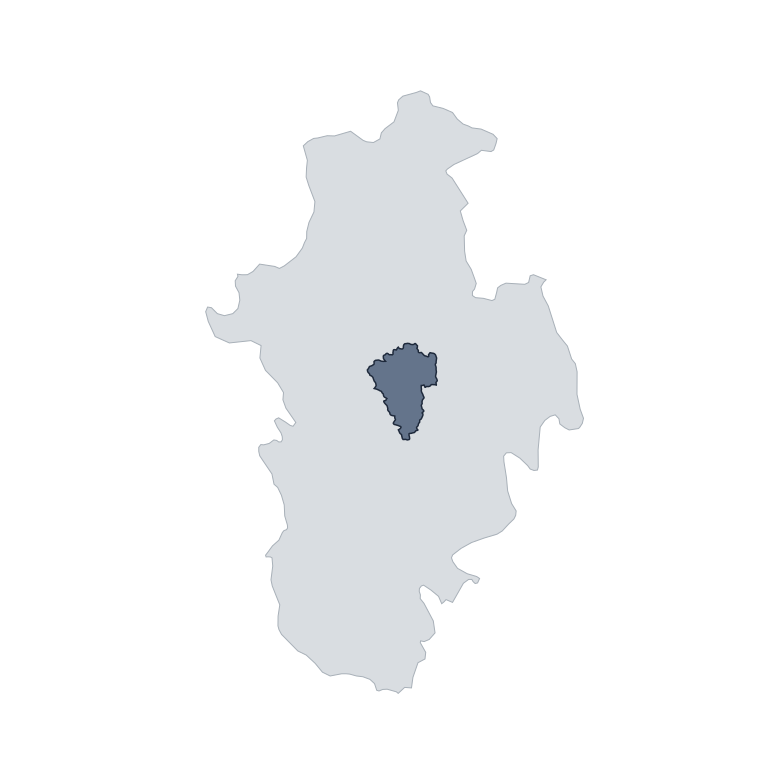 location of Šumadijski within Republic of Serbia, rotated 219°
{"feature_id": "SRB-839", "entity_name": "Šumadijski", "entity_type": "District", "adm_level": 1, "iso_a3": "SRB", "parent_name": "Republic of Serbia", "parent_adm1": "", "projection": "equal_earth", "projection_center": [20.746, 44.097], "detail": "fine", "context": "in_parent", "style": "filled", "palette": "slate", "viewbox_px": 768, "rotation_deg": 219, "n_neighbors": 0, "source": "natural_earth", "source_scale": "10m", "svg_char_len": 9221}
<svg xmlns="http://www.w3.org/2000/svg" viewBox="0 0 768 768"><g transform="rotate(219 384 384)"><path d="M428.3,298.6L445.0,303.5L452.6,308.1L456.7,314.1L467.4,318.0L484.7,320.0L496.8,326.1L503.7,336.5L514.7,334.0L530.0,318.6L545.0,314.6L559.9,322.0L568.1,328.0L569.5,332.8L566.1,334.7L557.8,333.8L551.0,336.7L545.8,343.5L545.0,350.7L548.8,358.4L554.1,363.7L561.0,366.6L564.6,370.6L565.2,375.7L567.0,377.1L563.1,379.5L558.9,383.0L556.6,389.1L556.1,398.9L542.9,406.6L538.0,408.0L535.8,413.1L532.4,427.5L533.0,438.3L534.8,443.9L535.7,448.4L540.0,453.9L544.0,462.4L546.7,473.6L552.5,482.3L567.3,490.9L574.7,495.8L580.1,503.1L584.3,509.6L596.6,518.3L595.7,524.5L593.2,530.6L590.4,533.4L584.4,541.2L578.6,545.6L569.0,559.4L553.6,560.2L549.9,561.3L544.2,565.0L541.4,571.9L544.1,577.5L543.9,583.1L541.2,594.0L545.1,605.7L550.5,611.0L551.4,614.1L550.5,619.6L542.5,630.7L540.1,634.8L532.0,636.9L529.2,635.8L525.0,632.0L521.1,630.9L511.4,635.4L501.6,638.1L493.8,636.0L486.1,635.8L480.8,637.6L476.8,638.4L469.0,643.2L456.4,646.7L450.5,645.9L448.3,641.4L446.0,634.9L447.1,632.0L455.4,626.9L456.3,622.0L467.8,598.6L470.0,591.0L470.1,588.5L467.1,586.8L460.7,586.9L432.4,577.4L433.6,566.5L425.3,560.7L416.4,555.5L414.9,549.6L404.9,537.9L397.6,531.3L388.4,528.0L380.4,523.2L375.6,520.2L373.4,514.8L373.4,511.5L371.0,508.4L367.2,508.7L360.7,513.1L352.6,516.8L351.2,519.6L354.1,526.1L356.2,530.2L355.3,534.1L352.7,539.1L337.3,550.1L335.5,553.9L338.5,560.1L336.6,563.0L323.6,567.0L324.0,563.6L323.2,558.2L315.8,552.4L305.4,548.0L282.2,532.7L273.3,530.6L265.3,528.9L253.9,521.5L248.1,520.2L241.6,515.0L227.5,497.4L215.6,487.8L207.4,482.9L205.1,478.2L204.6,473.3L204.9,471.7L211.2,464.8L216.0,463.8L222.2,463.6L226.2,467.1L231.5,467.8L234.5,463.4L236.1,456.9L235.5,448.8L222.8,429.8L211.9,416.6L210.6,413.7L213.0,411.2L216.9,409.9L221.0,411.0L231.7,411.9L242.0,410.7L245.6,407.5L245.6,403.2L241.9,399.1L229.9,388.3L220.6,378.7L209.6,371.4L201.4,368.5L199.0,364.8L198.1,360.8L199.0,353.5L199.6,344.3L201.6,338.5L209.1,327.5L216.2,315.9L220.7,304.7L223.1,294.4L222.2,291.4L218.6,289.2L210.8,287.0L200.0,288.9L190.8,292.7L187.3,293.0L186.1,288.3L187.6,286.3L190.4,286.5L192.8,287.4L195.3,285.3L196.9,279.1L193.3,257.4L200.1,255.5L200.3,252.3L200.9,249.6L208.0,253.3L217.9,253.4L226.6,252.6L227.9,250.5L227.8,247.4L226.1,245.0L223.0,243.0L220.8,240.0L214.9,238.7L196.6,230.9L187.7,222.7L188.1,213.9L190.7,209.1L193.9,207.4L193.0,205.8L182.7,201.7L179.1,196.1L182.2,188.8L176.9,174.2L171.4,165.1L177.0,161.2L177.8,155.7L178.3,152.5L180.6,152.6L189.5,148.8L192.8,145.8L194.7,142.3L196.9,141.4L202.8,145.2L209.1,145.6L216.2,143.2L221.6,139.8L228.0,137.0L230.9,135.1L234.6,132.1L242.1,123.2L250.5,121.3L261.7,123.6L273.9,124.4L283.0,122.3L306.0,124.9L311.0,127.0L314.2,129.3L320.2,136.9L326.0,146.8L334.1,151.3L343.7,156.7L348.6,160.7L355.9,172.5L361.6,178.4L363.5,178.1L365.5,176.6L366.8,175.4L368.3,176.4L368.4,180.0L368.8,188.0L367.4,196.5L369.5,204.6L369.5,207.1L368.1,209.4L368.3,211.4L370.3,213.6L378.1,219.0L385.4,227.2L393.7,233.0L401.5,236.7L406.4,236.9L414.5,243.6L430.3,248.4L435.4,250.0L438.9,252.8L441.5,256.0L441.6,259.4L439.2,261.0L435.8,265.6L434.4,271.2L431.9,272.6L429.3,272.7L427.5,274.4L427.9,276.8L430.0,279.1L433.3,281.2L439.7,283.3L446.0,286.4L445.9,288.8L444.6,291.4L436.7,292.4L430.8,292.8L428.1,293.9L428.3,298.6Z" fill="#d9dde1" stroke="#a8b0b8" stroke-width="1"/><path d="M363.2,439.2L362.5,439.1L362.0,438.9L361.7,438.7L361.1,438.3L360.8,438.1L360.1,437.7L359.6,437.4L359.4,437.2L359.1,436.7L358.2,435.2L357.7,434.4L357.4,433.9L356.9,433.4L356.8,433.2L356.7,433.0L356.7,432.7L356.7,432.1L356.6,431.8L356.4,431.5L355.9,431.0L354.6,430.2L354.1,429.8L353.7,429.4L353.0,428.5L352.5,427.9L350.9,426.4L350.7,426.1L350.4,425.4L349.7,424.2L349.4,423.5L349.1,423.0L348.6,422.3L348.2,422.0L347.9,421.8L347.4,421.6L346.8,421.4L346.3,421.2L345.5,420.7L344.9,420.3L344.8,420.1L344.6,419.7L344.6,418.3L344.5,417.8L344.4,417.6L344.2,417.4L343.7,417.1L343.3,416.8L342.9,416.4L342.7,416.1L344.3,415.3L344.6,415.1L345.6,414.3L346.5,413.7L346.7,413.4L346.9,413.2L346.9,412.9L346.9,412.6L346.8,412.2L346.8,411.9L346.9,411.7L347.1,411.0L347.5,410.4L347.8,410.0L348.3,409.6L349.1,409.1L349.4,408.8L349.5,408.6L349.6,408.4L349.6,407.8L349.7,407.6L349.8,407.5L350.0,407.3L350.4,407.4L350.6,407.4L351.4,408.1L351.7,408.2L352.1,408.4L352.4,408.3L352.6,408.1L352.8,407.5L353.2,407.1L353.7,406.6L354.1,406.3L352.8,404.6L352.5,404.3L351.8,403.8L351.6,403.5L351.4,403.3L351.2,402.7L350.8,402.3L350.1,401.7L349.9,401.5L349.3,401.2L347.4,400.4L346.8,400.0L346.0,399.5L344.9,399.0L344.6,398.8L344.3,398.6L344.2,398.4L344.1,398.1L344.1,396.7L344.1,396.0L344.0,395.6L343.6,394.9L343.4,394.2L343.0,393.8L342.1,392.9L342.0,392.6L341.9,392.3L341.7,391.2L341.6,390.9L341.4,390.7L340.7,390.1L340.0,389.7L339.1,388.9L338.9,388.7L338.2,388.6L336.9,388.5L336.4,388.3L336.1,388.1L336.0,387.8L335.9,387.6L335.9,387.3L336.2,386.2L336.2,385.9L336.2,385.5L336.1,385.4L335.6,385.4L335.2,385.3L334.9,385.2L334.7,385.0L334.5,384.7L334.1,384.1L333.9,383.6L333.8,383.1L333.5,382.1L333.3,381.2L333.1,380.4L333.1,380.0L333.5,378.9L333.5,378.6L333.4,378.4L333.3,378.1L332.6,377.2L332.2,376.6L332.3,375.8L332.2,375.2L332.2,374.9L331.9,374.2L331.4,373.3L331.3,372.8L331.3,372.2L331.4,371.2L331.4,370.9L331.2,370.6L331.0,370.4L330.4,370.0L329.8,369.8L328.7,369.6L328.7,369.4L329.0,368.8L329.5,368.2L329.8,367.7L329.8,366.1L329.8,365.6L330.0,365.2L330.2,364.9L330.7,364.4L331.8,362.8L332.2,362.4L333.0,361.7L333.2,361.3L333.2,361.0L333.0,360.8L332.1,359.7L331.1,359.1L329.8,357.8L329.7,357.7L329.5,357.3L329.5,357.0L329.5,356.9L329.5,356.7L330.1,355.9L330.6,355.3L330.8,355.1L331.2,355.0L331.8,354.8L332.3,354.6L334.2,352.9L335.1,353.1L335.6,353.3L336.7,354.2L337.8,355.0L338.4,355.6L338.6,355.7L338.8,355.7L339.9,355.7L340.7,355.8L341.1,355.9L342.3,356.6L344.0,357.4L343.5,358.8L343.4,359.2L343.3,360.0L343.4,360.4L343.5,360.8L343.5,361.0L344.0,361.4L344.5,361.4L344.8,361.3L345.5,361.0L346.8,360.7L347.6,360.3L349.2,359.7L350.4,359.1L350.7,359.0L351.0,359.0L351.5,359.1L351.9,359.2L352.1,359.4L352.2,359.6L352.3,359.9L352.4,360.2L352.5,361.4L352.6,362.4L352.6,363.1L352.6,363.3L352.7,363.5L352.9,363.7L353.2,363.9L353.9,364.2L354.1,364.3L354.6,364.8L355.5,365.9L356.9,365.1L358.3,364.4L359.1,364.2L359.4,364.2L359.7,364.2L360.1,364.3L360.5,364.5L361.4,365.2L361.7,365.4L361.9,365.5L362.5,365.6L363.9,365.8L364.4,366.0L364.6,366.1L365.1,366.5L365.5,367.2L365.8,367.5L366.6,368.1L368.1,369.1L370.0,369.3L371.6,369.6L371.9,369.7L372.6,369.9L372.9,370.1L373.2,370.3L373.3,370.4L373.4,370.6L373.4,370.8L373.3,371.0L373.1,371.3L372.6,371.8L372.5,372.0L372.4,372.2L372.3,372.5L372.5,373.3L372.6,373.7L372.6,374.5L373.9,374.4L375.4,374.1L376.0,374.2L376.5,374.4L376.9,374.6L377.5,375.1L378.0,375.5L378.3,375.8L378.8,375.9L379.3,375.9L379.8,375.9L380.3,376.1L380.9,376.5L381.3,376.6L381.6,376.6L381.9,376.5L382.8,376.2L384.7,375.9L385.5,375.6L386.4,375.4L388.8,374.3L388.8,375.9L389.0,377.3L389.0,377.6L389.2,377.9L389.4,378.2L390.0,378.6L390.7,379.2L391.1,379.5L391.8,379.8L393.1,380.0L393.6,380.2L395.8,381.5L396.8,382.2L397.8,382.3L398.6,382.4L398.9,382.4L400.0,382.0L400.4,382.0L400.6,382.0L400.9,382.2L401.4,382.6L401.9,382.8L403.6,383.0L404.1,383.2L404.7,383.5L405.2,384.0L405.8,384.4L405.8,385.6L406.0,387.3L406.3,388.4L404.8,390.9L404.8,391.2L404.8,391.3L404.4,392.2L404.3,392.5L404.2,392.8L404.3,393.1L404.4,393.4L404.5,393.6L405.9,395.2L405.7,396.5L405.5,397.0L405.2,397.4L404.3,398.2L403.8,398.8L403.6,399.0L402.9,399.4L401.8,399.7L400.9,399.9L400.0,400.3L398.6,401.3L397.1,402.6L400.1,403.3L400.5,403.5L401.9,405.0L402.1,405.3L402.2,405.6L402.2,405.9L402.2,406.1L402.1,406.4L401.6,407.2L401.5,407.5L401.4,407.8L401.5,408.4L401.4,409.0L401.2,409.4L401.1,409.6L400.9,409.8L400.7,409.9L400.3,410.0L400.0,410.1L398.6,410.0L398.2,410.2L397.9,410.4L397.1,411.2L396.4,411.6L396.1,411.7L395.9,412.0L395.8,412.5L395.8,412.8L395.9,413.0L396.0,413.2L396.7,413.9L396.9,414.2L397.1,414.5L397.3,415.0L397.8,415.7L397.9,415.9L398.0,416.1L398.0,416.4L398.0,416.7L397.9,416.9L397.8,417.0L397.6,417.2L396.9,417.7L396.0,418.1L395.8,418.3L395.8,418.6L396.2,420.0L396.2,420.4L396.2,420.9L396.1,421.6L395.1,421.3L394.5,421.3L394.2,421.3L393.3,421.8L392.3,422.3L391.9,422.7L391.7,423.0L391.6,423.5L391.8,424.5L392.1,424.8L392.5,425.3L393.1,426.3L393.2,426.7L393.3,427.0L393.3,427.7L393.2,428.1L393.1,428.5L392.9,428.7L392.3,429.2L391.3,430.4L390.7,430.8L389.8,431.3L389.5,431.5L388.5,431.5L388.0,431.7L387.1,432.3L386.5,432.7L386.2,433.0L385.9,433.4L385.7,433.9L385.5,434.7L385.4,434.9L385.2,435.1L384.9,435.2L384.6,435.2L383.9,435.0L383.5,434.9L382.1,434.8L381.7,434.2L381.4,433.9L381.2,433.6L381.1,433.2L381.1,432.9L381.0,432.7L380.7,432.5L380.7,432.3L379.1,431.9L378.6,431.8L378.3,431.6L377.9,431.0L377.7,430.7L377.4,430.5L377.2,430.4L376.7,430.4L376.5,430.5L376.1,430.7L375.7,431.0L375.1,431.8L374.9,431.9L374.8,432.0L374.4,432.0L372.9,431.8L371.7,431.6L370.5,431.5L369.8,431.7L368.5,432.3L367.4,432.6L367.1,432.7L366.9,432.9L366.7,433.2L366.7,433.4L366.7,433.7L366.9,433.9L367.6,434.6L367.8,434.8L367.9,435.0L367.8,436.0L367.9,436.9L367.9,437.1L367.9,437.3L367.6,437.5L366.9,437.8L365.3,438.7L364.8,439.0L364.0,439.2L363.2,439.2Z" fill="#64748b" stroke="#1e293b" stroke-width="1.5"/></g></svg>